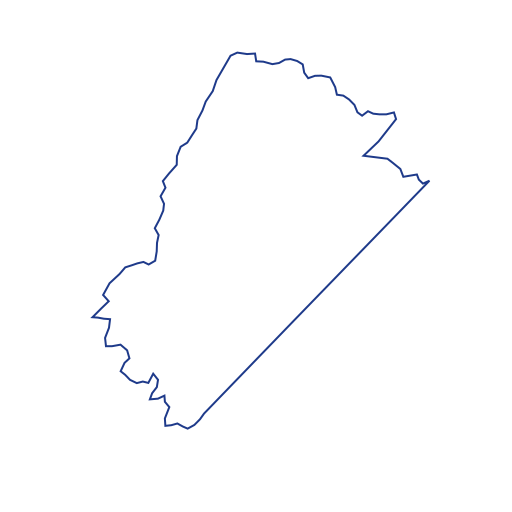 outline of Fagundes, Paraíba, Brazil, rotated 28°
{"feature_id": "56859067B80909638859230", "entity_name": "Fagundes", "entity_type": "district", "adm_level": 2, "iso_a3": "BRA", "parent_name": "Brazil", "parent_adm1": "Paraíba", "projection": "equal_earth", "projection_center": [-35.795, -7.4], "detail": "fine", "context": "isolated", "style": "outline", "palette": "blue", "viewbox_px": 512, "rotation_deg": 28, "n_neighbors": 0, "source": "geoboundaries", "source_scale": "gbopen_adm2", "svg_char_len": 1478}
<svg xmlns="http://www.w3.org/2000/svg" viewBox="0 0 512 512"><g transform="rotate(28 256 256)"><path d="M283.2,426.4L284.1,419.5L319.5,296.2L355.2,172.7L373.8,108.1L369.4,113.7L363.9,112.1L359.8,108.5L348.9,116.9L342.6,111.4L332.9,109.5L326.4,108.4L303.9,117.0L310.4,97.4L315.4,69.4L310.4,64.5L304.6,69.7L298.4,73.0L292.7,75.3L286.9,75.6L283.8,82.3L278.1,81.5L272.0,76.4L264.7,74.1L257.8,73.4L251.7,75.6L246.6,69.7L237.7,63.5L229.0,66.1L223.5,69.2L218.6,74.5L212.5,71.5L207.3,64.9L200.8,64.5L194.1,65.9L189.5,68.9L185.7,74.8L180.4,78.9L171.2,81.0L164.8,84.0L160.1,77.7L153.3,81.9L144.0,85.2L139.5,91.1L138.5,119.2L140.4,130.7L139.1,143.2L140.4,152.7L140.5,163.5L143.5,171.5L142.8,179.3L142.1,188.2L138.2,194.9L139.3,204.9L143.2,212.7L140.5,223.8L138.6,233.6L144.0,238.2L143.7,248.1L150.3,253.1L152.8,259.5L153.6,269.4L153.6,279.0L160.2,283.2L162.4,290.8L166.2,298.6L169.2,307.5L165.2,313.9L159.4,314.1L154.7,318.2L150.6,322.6L145.9,327.4L144.0,335.9L139.5,348.8L139.3,362.2L147.2,365.1L144.0,375.0L140.4,386.8L145.4,384.6L151.1,382.8L156.8,380.3L159.9,388.4L161.2,399.2L165.9,406.1L171.4,403.1L178.0,397.9L186.5,399.8L192.3,405.8L190.1,412.0L190.6,421.3L196.2,422.3L202.9,424.5L210.4,424.2L215.0,420.0L220.5,418.6L220.5,408.2L227.6,411.3L230.0,418.3L228.7,425.9L229.6,432.4L236.4,428.0L240.7,422.3L244.0,427.5L250.4,430.1L251.8,442.2L255.7,448.5L260.6,445.2L265.2,440.8L271.5,440.9L276.7,440.5L280.9,434.1L283.2,426.4Z" fill="none" stroke="#1e3a8a" stroke-width="2"/></g></svg>